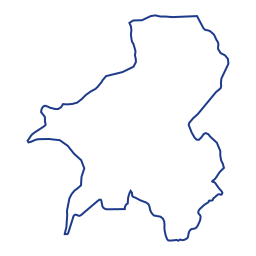 outline of Taraba
{"feature_id": "NGA-2848", "entity_name": "Taraba", "entity_type": "State", "adm_level": 1, "iso_a3": "NGA", "parent_name": "Nigeria", "parent_adm1": "", "projection": "albers", "projection_center": [10.823, 8.016], "detail": "fine", "context": "isolated", "style": "outline", "palette": "blue", "viewbox_px": 256, "rotation_deg": 0, "n_neighbors": 0, "source": "natural_earth", "source_scale": "10m", "svg_char_len": 2752}
<svg xmlns="http://www.w3.org/2000/svg" viewBox="0 0 256 256"><path d="M223.9,167.9L219.8,171.9L215.4,178.5L214.0,179.8L212.7,180.8L212.2,181.4L212.6,181.8L214.2,182.1L215.2,183.0L218.8,188.1L221.5,191.1L222.4,192.8L221.7,194.5L221.1,194.7L220.5,194.6L219.8,194.3L219.1,194.2L218.1,194.5L217.3,195.0L214.3,197.7L213.3,198.4L213.0,199.0L212.9,199.7L212.5,200.3L212.0,200.5L210.9,200.5L210.2,200.7L209.4,200.6L209.1,200.7L208.8,201.0L208.6,202.0L208.3,202.3L204.2,204.9L199.9,208.9L198.6,210.7L198.2,212.6L198.7,213.7L200.3,215.5L200.6,216.7L200.4,218.7L200.0,220.6L197.9,225.3L196.3,227.7L194.3,228.7L191.6,229.0L189.7,230.5L188.7,232.9L188.2,235.9L187.8,237.5L186.4,238.8L184.6,239.7L182.9,240.1L182.1,240.1L180.5,239.7L179.8,239.6L179.5,239.8L178.8,240.5L178.3,240.6L177.8,240.6L177.0,240.1L176.7,239.9L174.6,240.2L170.2,240.6L168.3,240.4L167.2,239.3L165.8,235.9L164.6,230.4L164.4,227.7L164.5,224.8L164.2,221.5L162.9,218.6L160.5,216.7L153.9,215.5L151.7,213.2L150.2,210.1L149.6,206.9L148.4,204.1L146.1,202.5L140.3,200.3L135.4,197.7L133.6,197.1L132.3,196.1L131.9,192.6L130.6,190.9L129.6,192.9L128.7,195.5L128.1,198.1L127.7,203.6L127.4,203.8L127.0,203.9L126.5,204.2L125.7,205.4L125.1,206.4L124.8,207.5L124.8,209.1L106.6,209.3L104.7,208.7L103.2,207.6L102.4,206.2L101.4,201.0L100.9,199.8L99.9,199.6L98.2,200.5L80.9,215.2L79.3,215.9L77.9,215.5L76.5,214.8L74.9,214.7L73.5,216.2L68.2,233.1L68.1,233.4L67.2,234.1L64.7,234.1L64.7,233.9L66.4,227.2L67.2,215.2L67.0,210.7L69.4,198.4L71.5,194.3L74.4,190.7L77.9,188.1L81.0,185.3L81.5,176.9L84.3,168.4L81.2,160.2L74.0,153.7L67.7,145.8L59.8,140.2L49.0,139.0L38.2,139.2L35.5,139.8L30.7,141.9L28.5,142.4L27.6,140.8L31.5,135.0L34.0,132.9L44.2,126.2L45.6,124.9L45.4,123.0L44.9,121.7L45.0,120.4L44.8,116.8L41.1,112.1L41.4,109.9L42.1,108.0L43.3,106.5L45.0,105.7L48.5,106.9L50.1,107.8L52.1,108.2L54.2,108.8L56.2,109.1L58.2,109.0L61.1,107.2L63.0,104.1L66.8,104.4L72.1,104.0L77.2,102.6L81.7,99.1L85.8,95.0L90.5,91.6L95.5,88.9L97.4,87.1L101.1,82.7L102.7,80.1L106.1,76.1L122.4,72.1L133.5,66.7L135.9,62.1L135.8,59.3L134.9,55.0L135.4,52.8L135.4,50.7L133.4,43.9L132.2,42.0L131.6,39.9L130.9,34.6L131.4,30.0L130.9,26.3L129.4,22.9L133.2,20.5L142.1,20.2L150.7,16.1L155.3,15.4L160.2,16.5L165.0,16.5L172.5,17.1L197.0,16.1L203.5,28.3L205.3,29.9L207.6,30.3L209.9,31.0L214.0,34.6L216.4,39.8L217.7,41.8L218.4,44.0L218.1,46.5L218.1,49.0L220.6,53.1L225.0,55.3L227.9,58.9L228.4,63.8L221.4,78.5L220.9,83.4L221.2,86.0L220.6,88.3L215.9,92.2L197.8,114.1L193.2,118.2L189.3,122.8L188.7,125.0L191.7,132.6L194.6,137.6L196.5,139.6L198.8,139.8L200.6,138.2L202.2,136.3L203.6,134.1L205.8,133.1L208.3,134.2L210.0,136.4L216.9,142.8L220.3,151.0L220.3,155.7L221.2,160.5L223.0,164.2L223.8,167.8L223.9,167.9Z" fill="none" stroke="#1e3a8a" stroke-width="2"/></svg>